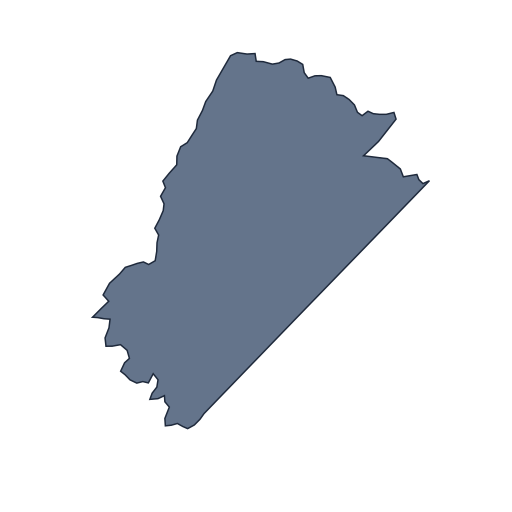 Fagundes, Paraíba, Brazil, rotated 28°
{"feature_id": "56859067B80909638859230", "entity_name": "Fagundes", "entity_type": "district", "adm_level": 2, "iso_a3": "BRA", "parent_name": "Brazil", "parent_adm1": "Paraíba", "projection": "equal_earth", "projection_center": [-35.795, -7.4], "detail": "fine", "context": "isolated", "style": "filled", "palette": "slate", "viewbox_px": 512, "rotation_deg": 28, "n_neighbors": 0, "source": "geoboundaries", "source_scale": "gbopen_adm2", "svg_char_len": 1483}
<svg xmlns="http://www.w3.org/2000/svg" viewBox="0 0 512 512"><g transform="rotate(28 256 256)"><path d="M283.2,426.4L284.1,419.5L319.5,296.2L355.2,172.7L373.8,108.1L369.4,113.7L363.9,112.1L359.8,108.5L348.9,116.9L342.6,111.4L332.9,109.5L326.4,108.4L303.9,117.0L310.4,97.4L315.4,69.4L310.4,64.5L304.6,69.7L298.4,73.0L292.7,75.3L286.9,75.6L283.8,82.3L278.1,81.5L272.0,76.4L264.7,74.1L257.8,73.4L251.7,75.6L246.6,69.7L237.7,63.5L229.0,66.1L223.5,69.2L218.6,74.5L212.5,71.5L207.3,64.9L200.8,64.5L194.1,65.9L189.5,68.9L185.7,74.8L180.4,78.9L171.2,81.0L164.8,84.0L160.1,77.7L153.3,81.9L144.0,85.2L139.5,91.1L138.5,119.2L140.4,130.7L139.1,143.2L140.4,152.7L140.5,163.5L143.5,171.5L142.8,179.3L142.1,188.2L138.2,194.9L139.3,204.9L143.2,212.7L140.5,223.8L138.6,233.6L144.0,238.2L143.7,248.1L150.3,253.1L152.8,259.5L153.6,269.4L153.6,279.0L160.2,283.2L162.4,290.8L166.2,298.6L169.2,307.5L165.2,313.9L159.4,314.1L154.7,318.2L150.6,322.6L145.9,327.4L144.0,335.9L139.5,348.8L139.3,362.2L147.2,365.1L144.0,375.0L140.4,386.8L145.4,384.6L151.1,382.8L156.8,380.3L159.9,388.4L161.2,399.2L165.9,406.1L171.4,403.1L178.0,397.9L186.5,399.8L192.3,405.8L190.1,412.0L190.6,421.3L196.2,422.3L202.9,424.5L210.4,424.2L215.0,420.0L220.5,418.6L220.5,408.2L227.6,411.3L230.0,418.3L228.7,425.9L229.6,432.4L236.4,428.0L240.7,422.3L244.0,427.5L250.4,430.1L251.8,442.2L255.7,448.5L260.6,445.2L265.2,440.8L271.5,440.9L276.7,440.5L280.9,434.1L283.2,426.4Z" fill="#64748b" stroke="#1e293b" stroke-width="1.5"/></g></svg>